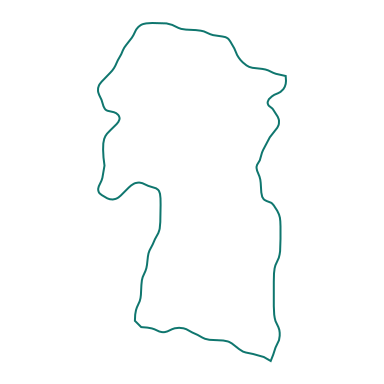 the district of Juan Santiago, La Estrelleta, Dominican Republic
{"feature_id": "3306468B19325324705004", "entity_name": "Juan Santiago", "entity_type": "district", "adm_level": 2, "iso_a3": "DOM", "parent_name": "Dominican Republic", "parent_adm1": "La Estrelleta", "projection": "orthographic", "projection_center": [-71.601, 18.728], "detail": "fine", "context": "isolated", "style": "outline", "palette": "teal", "viewbox_px": 384, "rotation_deg": 0, "n_neighbors": 0, "source": "geoboundaries", "source_scale": "gbopen_adm2", "svg_char_len": 2761}
<svg xmlns="http://www.w3.org/2000/svg" viewBox="0 0 384 384"><path d="M270.7,361.0L273.2,354.7L275.5,347.6L279.0,340.2L279.7,335.8L279.7,332.8L279.3,329.9L278.4,327.2L275.5,321.1L274.7,317.9L274.2,314.6L273.8,306.1L273.8,281.9L274.0,273.4L274.6,268.4L275.4,265.3L278.8,257.8L279.6,254.5L280.1,251.2L280.5,238.9L280.5,226.4L280.3,221.2L279.9,217.7L279.0,214.5L277.2,210.7L273.7,205.3L272.0,203.4L271.0,202.7L266.6,201.0L264.5,199.9L263.6,199.1L262.2,196.8L261.3,192.5L260.7,182.9L260.3,179.7L259.5,176.6L257.1,170.7L256.6,168.3L256.5,167.0L257.1,164.8L259.8,160.3L262.0,152.6L263.1,150.0L269.8,137.3L277.3,127.7L278.6,125.0L278.9,123.6L279.0,120.7L278.7,119.2L277.7,116.7L272.9,109.2L272.2,108.4L268.9,105.8L268.3,105.0L267.9,104.0L267.6,102.9L267.8,101.6L268.9,99.2L271.9,96.4L274.3,94.8L278.1,93.2L280.5,91.9L283.4,89.1L284.8,86.7L285.7,83.9L286.0,80.9L285.7,76.0L275.9,73.8L273.2,72.8L268.2,70.4L265.4,69.5L262.2,68.9L252.4,67.8L249.2,66.9L246.5,65.4L242.8,62.4L240.6,60.1L238.7,57.6L237.1,55.0L234.3,48.4L230.3,41.5L228.8,39.4L227.9,38.5L226.6,37.7L225.3,37.1L222.4,36.5L213.0,35.1L210.2,34.2L203.9,31.4L200.8,30.7L195.9,30.1L186.0,29.6L181.2,28.9L178.4,27.9L172.2,24.9L166.5,23.4L152.3,23.0L146.2,23.4L143.3,24.0L141.9,24.5L140.6,25.2L138.4,26.9L136.6,29.0L135.9,30.1L133.4,35.2L131.8,37.8L126.1,45.1L124.3,47.6L122.9,50.3L121.2,54.3L117.8,60.3L115.4,65.6L114.0,68.1L112.2,70.6L110.1,72.9L101.6,81.7L99.8,84.0L99.0,85.3L98.1,88.1L98.0,91.0L98.3,92.5L99.2,95.0L101.5,99.8L103.5,106.3L104.7,108.6L105.5,109.6L106.5,110.3L107.7,110.8L113.9,112.2L116.2,113.2L118.1,114.8L118.8,115.8L119.3,117.0L119.6,118.2L119.4,119.6L118.3,122.0L116.6,124.1L110.3,130.3L107.1,133.6L105.4,136.1L104.2,138.9L103.3,143.4L103.1,149.6L103.5,157.5L104.5,165.6L102.4,177.8L101.5,180.6L98.8,186.3L98.2,188.7L98.2,190.0L98.5,191.3L99.0,192.6L99.9,193.6L101.8,195.1L107.2,198.3L109.7,199.2L112.7,199.5L115.6,198.9L117.0,198.3L118.4,197.5L120.8,195.5L128.8,187.5L131.2,185.4L133.9,183.7L135.3,183.1L138.2,182.6L139.6,182.6L142.4,183.2L148.3,185.9L156.0,188.3L158.1,189.8L159.0,191.0L160.0,193.8L160.5,198.4L160.6,205.0L160.3,222.0L159.7,228.6L159.3,230.2L158.3,233.1L155.0,239.1L152.7,244.4L149.5,250.5L148.5,253.4L147.9,256.6L147.0,264.8L146.4,268.0L145.5,270.8L142.7,277.1L141.9,280.2L141.4,285.0L140.9,294.9L140.5,298.1L139.7,301.2L136.9,307.4L136.0,310.1L135.2,314.6L134.9,320.8L141.2,327.1L147.4,327.6L151.8,328.4L154.5,329.3L159.3,331.5L161.9,332.1L163.3,332.2L164.8,332.1L167.4,331.4L172.1,329.2L174.7,328.3L179.1,327.8L183.5,328.3L186.3,329.2L192.3,332.5L197.6,334.9L202.4,337.6L205.0,338.8L209.4,339.8L223.2,340.5L227.7,341.4L229.1,341.9L231.8,343.4L239.1,349.1L243.0,351.6L245.8,352.5L253.1,354.0L263.8,357.0L270.7,361.0Z" fill="none" stroke="#0f766e" stroke-width="2"/></svg>